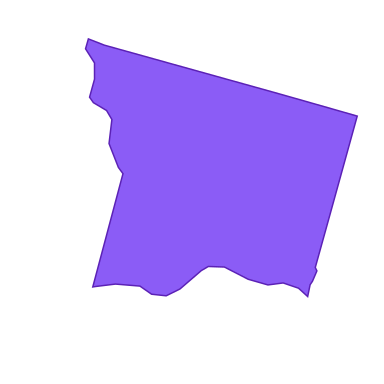 Clay, Florida, United States of America (Robinson projection), rotated 106°
{"feature_id": "52423323B4514438281509", "entity_name": "Clay", "entity_type": "district", "adm_level": 2, "iso_a3": "USA", "parent_name": "United States of America", "parent_adm1": "Florida", "projection": "robinson", "projection_center": [-81.803, 29.956], "detail": "fine", "context": "isolated", "style": "filled", "palette": "violet", "viewbox_px": 384, "rotation_deg": 106, "n_neighbors": 0, "source": "geoboundaries", "source_scale": "gbopen_adm2", "svg_char_len": 583}
<svg xmlns="http://www.w3.org/2000/svg" viewBox="0 0 384 384"><g transform="rotate(106 192 192)"><path d="M73.5,80.3L73.6,132.4L75.0,316.8L73.4,333.8L83.7,333.8L94.8,321.3L110.4,316.8L129.1,316.6L133.3,311.4L137.2,296.6L144.4,289.0L168.3,285.1L188.7,269.5L193.4,263.4L310.6,261.2L309.4,258.6L301.6,240.2L296.8,216.1L301.4,202.7L298.9,188.2L288.5,176.8L265.0,161.4L259.1,155.8L255.2,140.2L260.4,114.0L260.4,93.4L254.3,79.3L255.1,63.1L260.6,52.0L248.6,52.9L244.6,51.6L233.4,50.2L230.6,52.7L180.7,53.1L73.5,54.1L73.5,80.3Z" fill="#8b5cf6" stroke="#5b21b6" stroke-width="1.5"/></g></svg>